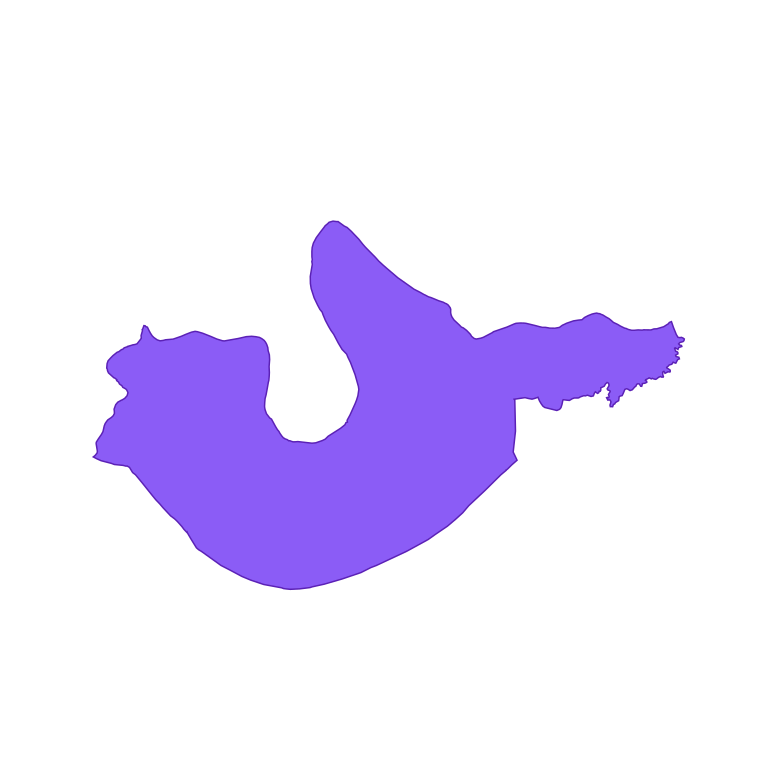 the district of Sami, Central River, Gambia, rotated 161°
{"feature_id": "56634734B54242206420565", "entity_name": "Sami", "entity_type": "district", "adm_level": 2, "iso_a3": "GMB", "parent_name": "Gambia", "parent_adm1": "Central River", "projection": "orthographic", "projection_center": [-14.663, 13.545], "detail": "fine", "context": "isolated", "style": "filled", "palette": "violet", "viewbox_px": 768, "rotation_deg": 161, "n_neighbors": 0, "source": "geoboundaries", "source_scale": "gbopen_adm2", "svg_char_len": 6126}
<svg xmlns="http://www.w3.org/2000/svg" viewBox="0 0 768 768"><g transform="rotate(161 384 384)"><path d="M91.9,349.4L94.2,349.3L95.5,348.4L98.8,347.6L100.9,347.1L108.1,347.4L110.9,348.2L114.0,348.2L120.9,350.7L122.4,350.9L126.1,352.4L129.8,353.3L132.4,354.2L135.3,356.1L137.2,357.9L138.1,358.3L141.6,361.8L143.7,364.3L147.0,367.5L148.5,370.2L150.0,372.6L152.0,374.8L154.6,378.0L156.3,379.4L157.0,380.2L158.5,380.9L159.8,381.8L162.2,382.2L164.6,382.4L168.7,382.2L172.8,381.6L175.9,380.3L179.3,381.1L184.3,382.0L191.7,382.0L194.0,381.7L196.2,381.5L199.7,380.4L204.2,381.1L209.4,383.0L210.5,383.7L212.9,385.0L216.0,386.1L218.8,387.9L221.6,389.8L229.9,395.1L231.8,396.0L235.3,397.3L239.4,398.4L241.4,398.4L249.2,397.8L263.5,397.8L264.9,397.3L274.9,395.8L277.5,395.8L282.2,396.5L284.0,397.8L285.7,400.6L286.1,402.8L288.5,407.9L290.8,411.3L292.3,412.6L293.4,415.0L296.9,421.6L297.3,422.9L298.0,425.7L298.0,428.1L297.7,429.9L296.6,432.9L296.6,434.7L296.9,435.6L297.3,436.9L297.7,438.0L298.8,439.5L300.1,440.6L301.2,441.9L305.3,445.0L309.0,448.3L311.4,450.4L313.6,452.0L316.2,454.8L317.0,455.5L319.7,458.6L324.8,463.9L330.6,472.0L336.3,479.9L343.8,492.6L346.2,496.8L349.0,502.0L351.0,506.8L352.7,510.3L356.2,517.6L357.3,520.0L358.6,523.2L360.7,529.2L363.8,535.9L365.1,538.8L365.9,540.3L367.9,544.0L370.1,546.2L374.6,552.6L375.5,552.8L379.2,554.6L383.3,554.8L385.1,553.9L388.1,552.8L389.6,551.7L394.2,548.7L400.3,544.5L404.9,540.2L407.5,536.4L409.0,532.9L410.8,527.6L411.3,525.0L412.4,523.2L412.8,520.6L418.7,509.7L420.0,505.7L420.9,502.9L421.8,497.8L422.0,488.2L421.1,480.3L420.3,475.3L419.1,472.1L419.1,469.3L418.7,463.2L417.6,456.2L416.7,451.8L415.4,447.4L413.9,437.6L412.4,430.4L409.6,424.4L409.4,420.9L408.7,415.3L408.3,402.3L409.0,390.1L409.6,387.0L412.5,381.4L415.3,377.6L417.7,374.8L426.2,365.8L430.7,361.7L431.0,359.9L432.5,359.9L434.2,358.2L436.0,357.5L439.7,356.2L453.8,352.8L457.5,351.0L460.8,350.6L467.7,350.6L471.4,351.5L484.2,357.6L487.0,358.3L488.8,358.9L490.3,360.0L491.6,361.1L492.5,361.3L493.6,362.9L495.5,364.4L495.9,365.1L496.6,365.7L497.5,367.9L498.5,371.4L498.8,373.4L499.6,375.4L500.4,379.0L501.8,387.4L503.1,389.1L503.7,390.9L504.8,394.2L504.8,398.5L504.6,400.1L504.2,401.8L502.8,405.3L501.2,408.9L499.0,412.2L496.0,417.5L492.9,423.1L491.6,425.1L489.9,429.0L488.6,432.3L487.0,437.8L484.2,444.3L482.9,448.9L482.7,453.3L482.0,456.2L482.0,459.7L482.4,462.1L483.1,464.2L484.8,466.7L486.6,468.6L489.9,470.5L493.6,472.2L498.8,473.6L507.1,474.5L521.0,476.7L522.7,477.5L527.5,481.0L532.1,485.2L539.0,491.1L543.4,494.2L545.5,495.3L549.2,495.7L554.9,495.5L560.3,495.1L568.8,495.1L576.0,496.9L578.6,497.1L581.6,497.7L584.0,499.5L586.4,502.8L587.5,505.0L588.3,508.2L588.8,511.3L589.2,514.8L589.9,515.3L590.7,515.9L590.7,516.6L591.6,517.2L592.0,517.4L594.2,514.6L594.9,514.2L595.1,512.9L597.9,508.9L598.6,506.3L600.1,505.2L604.4,502.4L606.4,502.4L608.8,502.8L610.1,502.8L614.0,503.0L614.0,502.8L617.9,502.8L619.0,502.2L620.1,501.9L621.0,502.0L624.2,500.9L626.0,500.9L631.0,499.1L634.0,497.6L637.3,495.8L639.2,493.4L641.0,489.3L640.8,487.8L641.1,486.6L640.9,484.2L637.6,478.2L637.2,477.6L636.7,477.4L635.2,475.0L635.7,474.3L634.4,472.3L634.1,470.1L632.4,467.7L632.0,465.8L631.3,465.1L629.8,463.4L629.2,462.0L628.9,459.2L630.7,456.6L633.9,454.8L636.8,454.2L637.6,454.2L641.6,453.5L644.4,451.8L647.4,448.1L647.9,445.9L648.5,443.9L650.3,442.2L652.7,441.1L656.8,440.0L658.5,438.9L660.5,437.4L662.2,435.4L665.2,430.5L667.6,428.3L672.1,425.0L675.0,422.6L675.6,421.3L676.9,413.7L677.8,412.1L680.6,410.4L682.6,409.7L680.0,406.9L676.5,403.6L667.6,397.7L665.2,395.7L657.2,392.0L654.8,390.4L653.5,390.0L651.8,388.0L650.5,382.1L648.5,379.1L645.1,370.0L639.3,353.8L637.4,348.7L635.0,343.5L633.2,338.9L628.7,328.8L625.9,324.7L624.1,321.2L621.5,315.0L620.5,311.8L618.7,307.8L618.4,308.0L618.4,307.5L617.1,300.9L614.7,290.2L613.2,287.6L611.3,285.4L597.2,265.5L590.3,258.3L581.0,248.3L573.8,241.9L563.0,233.6L547.1,224.6L545.6,223.3L543.0,222.0L539.5,220.4L530.6,217.8L520.2,215.6L518.0,215.6L505.7,214.2L487.2,213.3L467.2,213.2L456.2,214.7L450.3,214.9L416.7,218.5L392.8,222.6L384.7,225.0L370.4,228.9L360.6,232.7L351.5,236.6L343.4,241.4L323.3,250.4L303.3,260.0L296.6,262.6L296.6,262.9L296.3,262.9L295.0,263.3L289.6,265.9L283.0,268.6L283.5,273.3L284.0,277.6L275.0,296.7L265.6,326.1L265.9,327.2L255.1,325.2L252.2,323.3L249.0,321.5L246.4,321.3L242.7,321.3L242.5,317.4L241.8,314.1L241.0,311.4L239.7,309.5L237.7,308.2L229.2,302.7L226.2,302.9L224.4,304.0L222.3,306.8L220.5,309.9L219.7,310.8L218.6,310.3L216.4,309.2L214.0,308.1L210.7,308.8L208.6,308.8L205.3,307.7L204.4,307.5L202.5,307.9L198.8,307.9L197.5,307.2L195.3,307.2L192.3,304.8L189.9,304.6L188.1,306.8L186.7,307.8L185.2,305.6L183.9,305.8L182.8,307.1L181.9,306.7L181.1,307.5L180.2,309.9L179.1,309.9L176.5,310.2L174.6,311.9L172.6,312.8L171.5,311.7L171.5,309.9L172.2,308.8L174.6,306.7L174.1,305.1L173.5,304.9L172.6,304.0L172.6,303.2L175.2,301.0L175.2,298.8L176.1,297.9L177.0,298.6L178.0,298.6L177.6,295.9L175.7,295.5L175.2,293.7L175.4,292.9L177.2,290.5L177.4,288.9L175.2,288.1L173.7,290.0L172.4,290.0L171.1,291.1L170.2,291.3L167.6,291.8L166.8,293.3L165.9,295.3L164.8,295.7L162.6,295.5L160.9,297.2L158.0,300.5L156.1,300.5L155.0,299.6L153.5,297.7L151.1,297.7L147.8,299.6L146.7,299.8L145.2,301.4L143.9,301.6L142.6,300.9L142.0,298.3L141.1,297.9L140.0,299.4L139.6,300.3L137.0,299.8L135.0,300.0L134.8,300.7L134.8,301.3L135.7,302.2L135.2,302.9L133.0,303.1L131.3,303.5L129.6,301.8L128.5,302.0L127.2,300.9L125.7,300.0L124.8,300.0L122.2,300.9L120.2,301.1L119.4,300.2L117.8,299.6L117.4,300.0L117.4,301.8L116.7,304.4L115.9,304.8L115.2,304.8L114.8,302.6L111.5,303.1L110.2,302.4L109.4,302.4L108.9,303.9L110.0,305.5L111.3,307.0L111.3,307.7L109.1,308.5L108.0,309.2L106.7,309.0L105.4,309.0L103.5,310.5L102.6,309.6L101.3,308.7L99.6,310.3L98.5,311.4L96.5,311.6L96.5,313.3L98.9,314.9L98.9,316.4L96.3,316.8L95.9,318.1L96.3,319.0L97.6,320.1L97.6,323.2L96.9,323.4L94.8,321.0L93.5,322.5L90.2,322.5L90.2,323.6L91.7,324.5L92.4,326.0L90.8,326.9L87.6,326.7L86.3,327.3L85.4,328.8L86.1,329.9L87.6,331.3L89.1,331.5L90.8,332.4L91.5,335.6L91.9,343.1L91.9,349.4Z" fill="#8b5cf6" stroke="#5b21b6" stroke-width="1.5"/></g></svg>